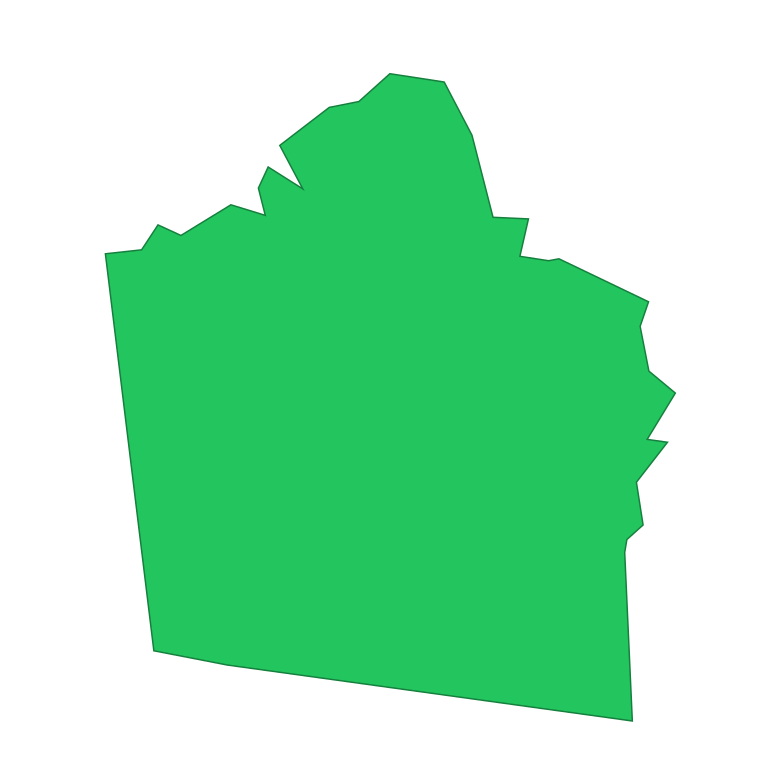 Putnam, Georgia, United States of America (Albers equal-area conic projection), rotated 276°
{"feature_id": "52423323B84138230189423", "entity_name": "Putnam", "entity_type": "district", "adm_level": 2, "iso_a3": "USA", "parent_name": "United States of America", "parent_adm1": "Georgia", "projection": "albers", "projection_center": [-83.3, 33.326], "detail": "fine", "context": "isolated", "style": "filled", "palette": "green", "viewbox_px": 768, "rotation_deg": 276, "n_neighbors": 0, "source": "geoboundaries", "source_scale": "gbopen_adm2", "svg_char_len": 574}
<svg xmlns="http://www.w3.org/2000/svg" viewBox="0 0 768 768"><g transform="rotate(276 384 384)"><path d="M94.6,183.0L88.1,257.9L74.8,666.2L241.6,641.0L254.7,641.8L270.9,656.4L312.7,645.3L355.7,672.0L356.4,651.5L405.4,674.7L424.5,646.1L468.1,632.7L493.4,638.5L526.8,544.9L523.8,534.8L525.2,505.8L563.3,510.4L561.2,475.0L640.6,445.5L690.6,412.3L693.2,357.4L662.3,329.5L653.4,300.7L610.4,255.4L569.5,282.9L587.7,246.1L565.7,238.6L539.3,248.3L546.2,213.0L510.5,166.5L518.6,142.6L492.1,128.9L484.4,93.3L94.6,183.0Z" fill="#22c55e" stroke="#15803d" stroke-width="1.5"/></g></svg>